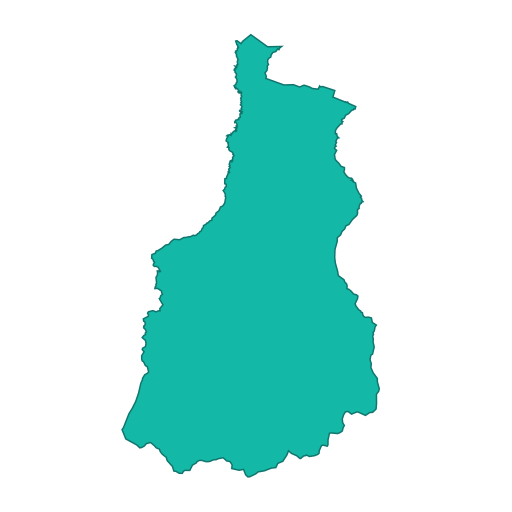 Florida, Valle del Cauca, Colombia (Mercator projection), rotated 92°
{"feature_id": "7082276B72857503251060", "entity_name": "Florida", "entity_type": "district", "adm_level": 2, "iso_a3": "COL", "parent_name": "Colombia", "parent_adm1": "Valle del Cauca", "projection": "mercator", "projection_center": [-76.226, 3.3], "detail": "fine", "context": "isolated", "style": "filled", "palette": "teal", "viewbox_px": 512, "rotation_deg": 92, "n_neighbors": 0, "source": "geoboundaries", "source_scale": "gbopen_adm2", "svg_char_len": 6079}
<svg xmlns="http://www.w3.org/2000/svg" viewBox="0 0 512 512"><g transform="rotate(92 256 256)"><path d="M451.8,365.4L451.3,363.4L449.8,361.0L447.3,359.0L446.1,354.8L449.3,350.7L451.1,349.2L452.4,345.8L454.9,344.8L457.3,342.8L460.3,338.7L463.6,337.6L469.2,332.2L473.8,330.6L474.0,328.5L475.8,325.3L475.8,322.1L473.6,320.9L472.7,319.5L472.6,314.7L467.2,312.2L465.0,308.6L463.7,307.8L462.4,305.9L462.1,303.4L463.3,298.6L463.0,295.3L461.1,291.2L461.0,288.9L459.8,286.5L458.8,281.7L461.8,278.2L462.4,274.8L465.5,272.6L469.3,272.8L470.7,265.3L469.7,261.0L475.0,258.7L477.0,256.5L476.9,254.7L473.7,248.6L471.7,246.4L470.4,240.2L467.4,233.1L466.8,228.8L462.5,227.0L460.2,222.0L453.8,218.2L449.5,216.7L452.0,213.8L454.2,208.3L456.8,205.1L456.8,204.3L454.1,201.3L453.8,199.4L453.1,198.7L454.5,195.6L453.5,190.5L452.1,187.3L450.9,186.1L448.4,186.0L443.3,184.0L442.6,182.3L443.6,178.2L442.3,177.5L437.1,177.6L430.6,176.4L430.2,174.8L430.6,168.2L429.4,165.6L427.8,163.6L424.8,163.0L422.3,161.8L419.7,163.5L416.0,164.1L411.9,163.0L408.6,161.2L408.2,158.5L410.7,155.0L408.5,150.2L408.3,148.7L411.5,141.0L408.5,136.9L408.2,134.0L404.8,130.7L399.6,130.4L389.9,130.8L387.0,128.7L384.3,128.2L377.6,130.3L374.1,130.5L368.7,134.8L363.4,137.3L359.7,137.0L355.7,138.4L351.2,137.8L350.0,136.1L342.8,134.7L337.9,136.0L334.8,135.9L332.0,136.6L330.2,135.8L328.7,136.4L326.9,135.2L322.6,134.5L320.8,133.3L318.4,137.4L313.9,138.5L313.2,141.2L313.5,144.7L312.7,146.1L311.3,147.1L308.9,147.7L308.4,149.1L307.4,149.4L306.1,151.5L302.2,154.6L300.0,155.2L295.2,153.1L292.5,152.7L291.2,154.3L290.7,157.1L287.9,159.6L286.0,162.1L285.5,164.0L282.6,163.9L280.7,164.5L278.9,166.4L276.7,167.2L272.7,173.1L268.8,173.8L260.1,176.5L254.7,177.3L246.7,177.3L238.4,175.3L234.8,175.4L232.0,172.2L228.6,171.0L225.8,168.3L222.7,167.2L221.3,164.3L216.2,160.9L211.9,156.6L209.8,156.0L206.0,156.2L205.0,154.6L202.7,154.7L200.3,153.8L199.7,152.7L198.7,152.6L198.0,150.9L196.8,152.1L194.7,152.5L193.5,153.8L192.5,152.8L189.7,155.3L184.7,158.0L179.6,159.0L178.0,162.0L177.4,162.1L177.3,161.6L176.9,161.9L176.9,163.2L176.0,162.2L174.9,163.2L174.9,165.3L174.0,166.9L171.4,169.5L168.6,171.2L166.9,170.6L164.5,170.7L163.5,174.0L160.1,176.7L157.5,179.6L155.9,180.4L151.8,181.1L147.6,179.1L145.8,181.3L144.7,181.1L143.4,179.7L142.5,180.8L139.7,179.5L139.0,180.3L135.5,178.9L135.0,177.4L133.7,179.0L130.9,179.7L131.2,180.5L130.7,181.1L127.7,180.9L125.4,179.7L121.2,176.1L120.9,174.6L119.3,174.8L118.7,173.9L117.8,175.1L116.6,175.2L115.2,172.6L112.2,171.4L110.6,168.5L107.0,165.4L106.5,163.7L105.6,163.6L105.7,162.1L103.2,161.5L100.2,168.9L99.0,169.7L99.5,170.1L98.8,171.8L99.1,172.0L94.5,184.7L87.9,183.0L84.3,195.3L84.7,197.6L83.9,198.3L87.1,199.8L86.6,205.6L85.1,208.6L83.6,214.0L85.6,218.3L83.5,224.5L84.1,234.0L78.2,252.4L76.2,251.9L72.7,253.4L70.2,251.5L67.3,251.1L65.8,251.5L64.3,250.2L62.3,251.1L59.4,251.1L57.7,249.8L56.7,248.2L54.3,247.8L51.9,246.1L51.0,243.3L48.2,241.5L49.0,240.3L47.2,239.5L45.7,237.7L46.5,251.7L35.0,268.9L41.9,276.8L44.3,278.4L41.5,282.5L41.9,283.8L45.4,282.5L47.0,281.3L48.0,281.5L48.4,280.9L49.6,282.0L51.4,281.8L51.9,283.5L52.6,283.3L53.0,283.7L53.4,283.0L54.4,283.2L55.4,282.3L56.7,282.6L60.3,280.8L62.4,281.5L65.5,280.9L65.7,281.8L67.3,281.8L67.0,283.5L68.4,282.2L68.5,283.1L70.0,283.0L69.8,284.0L71.0,284.4L72.2,283.2L73.2,283.3L74.5,281.9L76.8,282.0L77.8,282.8L80.1,281.2L82.8,281.0L83.8,281.9L85.0,281.9L86.7,283.9L87.4,283.1L88.4,283.1L88.3,281.9L89.6,282.1L89.5,280.3L91.5,279.1L92.6,279.8L93.6,278.8L93.7,277.8L92.4,278.2L92.0,277.8L92.7,277.2L92.8,276.2L96.3,276.4L96.8,275.8L98.9,276.8L99.5,276.2L100.8,276.6L102.4,275.7L103.3,276.6L104.5,275.7L105.5,276.8L106.9,275.2L109.3,276.0L110.0,275.3L110.7,275.8L111.0,277.3L111.7,277.5L112.4,276.6L112.3,275.1L113.3,275.9L113.2,275.0L113.6,274.8L114.9,277.0L118.0,276.6L118.2,277.5L119.4,278.4L120.2,278.1L120.9,280.9L122.8,282.0L123.3,281.9L122.7,281.1L125.3,279.4L126.1,279.5L126.5,280.2L127.5,279.4L128.5,281.5L129.0,279.8L130.2,280.7L130.9,279.8L131.7,280.0L132.2,280.6L131.5,281.3L132.4,282.9L134.6,284.3L134.3,285.2L136.3,285.2L135.7,286.5L136.3,288.8L136.9,289.4L137.2,288.0L139.9,289.5L142.0,289.9L143.6,287.6L144.3,288.0L146.7,287.3L148.2,288.4L148.6,286.7L150.0,287.0L151.5,286.3L153.1,283.3L154.9,282.2L155.4,282.6L156.5,281.5L158.4,282.9L159.4,282.6L160.9,283.1L161.5,284.3L162.0,283.8L161.6,282.8L162.1,282.9L162.7,283.4L162.1,285.1L165.4,286.0L166.4,285.2L167.5,286.0L168.6,284.9L170.2,286.4L171.5,285.8L172.9,286.8L173.3,285.5L174.6,286.8L178.2,288.2L179.5,288.2L179.8,289.8L184.9,289.8L185.3,288.3L187.6,288.1L188.3,289.2L190.4,289.8L191.7,291.1L194.2,289.3L196.3,288.7L197.5,288.9L198.2,288.3L204.2,289.1L207.3,291.1L208.2,293.2L212.0,294.6L214.5,297.5L216.5,297.8L219.7,301.3L221.8,301.4L222.5,303.4L224.5,305.1L224.8,306.3L226.1,307.2L227.4,309.5L229.2,309.7L230.5,310.8L233.1,311.8L233.8,313.1L235.1,313.8L235.8,315.2L236.8,315.8L237.8,317.8L237.4,319.4L239.2,322.5L239.0,323.4L240.0,327.1L240.0,328.7L242.4,332.8L242.1,338.5L244.4,341.3L247.5,343.6L248.2,346.7L251.6,350.5L254.1,354.4L254.5,355.9L256.8,356.8L258.2,360.1L261.9,360.2L263.0,358.7L264.8,358.3L265.9,357.1L267.8,358.3L269.1,358.3L270.0,357.1L269.8,355.4L270.6,353.5L274.7,351.0L275.2,351.6L274.2,353.3L274.4,354.2L276.8,353.7L279.0,354.1L280.8,355.2L286.8,354.4L287.8,355.1L289.3,354.8L290.6,355.7L292.1,355.9L291.8,353.3L294.3,349.2L296.1,349.0L297.4,348.1L299.0,349.8L301.3,350.4L302.0,351.2L308.0,347.3L311.9,350.3L314.1,350.0L314.3,351.9L315.3,353.8L314.2,357.2L315.5,361.6L317.0,362.4L318.8,361.3L320.0,361.6L322.8,366.4L325.1,366.0L325.5,364.9L326.9,364.4L328.6,364.4L330.1,365.8L330.8,365.4L331.7,365.8L333.3,364.0L335.5,362.9L336.9,364.0L338.5,363.7L339.3,365.3L341.5,366.9L344.3,363.5L347.5,362.8L350.5,363.4L352.2,366.2L353.6,366.4L355.6,364.5L359.7,366.8L363.5,366.6L364.9,366.0L365.5,364.7L369.3,362.8L370.5,360.7L375.5,359.3L376.8,360.2L378.6,363.1L382.2,365.1L383.7,365.2L387.4,366.7L396.8,368.5L405.5,371.1L413.1,374.6L417.9,377.4L432.2,382.5L434.2,383.8L443.4,379.7L448.9,368.7L451.8,365.4Z" fill="#14b8a6" stroke="#0f766e" stroke-width="1.5"/></g></svg>